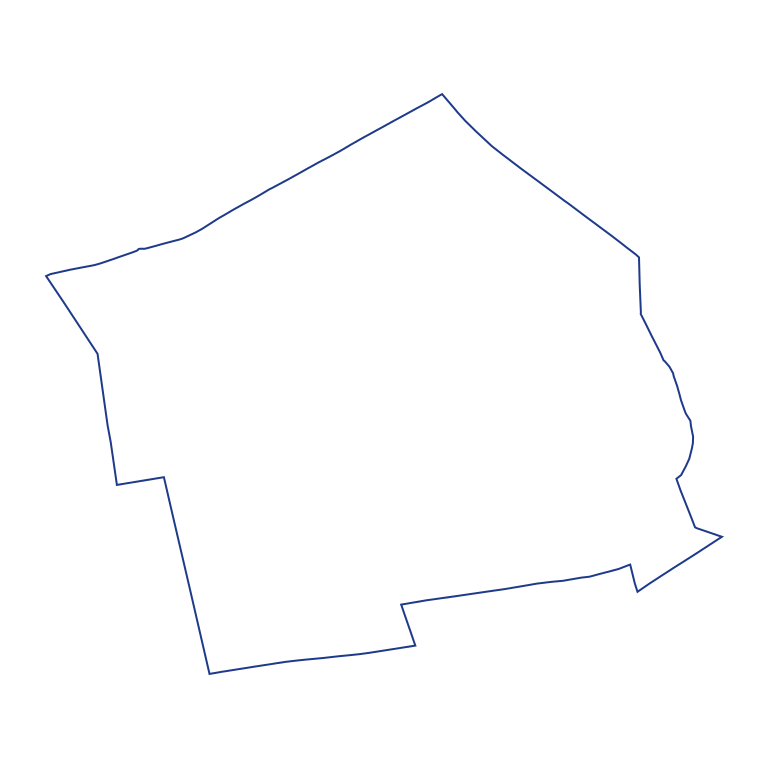 Mihaesti, Olt, Romania (Equal Earth projection)
{"feature_id": "2599482B3191735089576", "entity_name": "Mihaesti", "entity_type": "district", "adm_level": 2, "iso_a3": "ROU", "parent_name": "Romania", "parent_adm1": "Olt", "projection": "equal_earth", "projection_center": [24.801, 44.115], "detail": "fine", "context": "isolated", "style": "outline", "palette": "blue", "viewbox_px": 768, "rotation_deg": 0, "n_neighbors": 0, "source": "geoboundaries", "source_scale": "gbopen_adm2", "svg_char_len": 2225}
<svg xmlns="http://www.w3.org/2000/svg" viewBox="0 0 768 768"><path d="M611.2,235.5L599.2,226.6L585.6,216.5L571.4,205.8L567.5,202.9L564.6,200.9L561.8,198.8L550.5,190.4L538.1,181.2L522.2,169.5L503.0,154.9L491.9,146.2L475.7,131.1L465.2,120.8L457.6,112.4L454.9,109.1L442.1,94.1L435.3,98.0L429.1,101.7L417.3,108.0L402.9,115.9L394.4,120.5L379.0,129.0L362.9,137.8L351.1,144.5L340.3,150.9L331.3,155.8L318.8,162.3L307.6,168.5L297.5,174.2L288.3,179.3L278.8,184.4L271.5,188.3L269.9,189.0L259.2,195.4L257.3,196.5L250.9,200.1L244.1,203.7L238.2,207.0L234.2,209.2L231.1,211.0L225.9,214.1L221.7,216.5L219.6,217.7L216.5,219.6L202.5,228.6L195.7,232.4L184.0,237.9L182.3,238.6L179.2,239.6L175.7,240.5L171.0,241.7L161.6,244.2L157.1,245.5L146.7,248.3L144.4,248.8L141.1,248.7L139.9,248.8L138.9,248.9L138.4,249.3L138.0,249.8L137.3,250.4L136.1,251.0L132.1,252.5L118.8,257.1L117.3,257.6L114.4,258.7L109.3,260.4L105.5,261.7L100.1,263.5L95.5,264.8L93.0,265.4L82.2,267.4L75.5,268.7L70.2,269.7L55.0,273.1L50.5,274.1L46.1,276.1L64.1,302.9L95.7,351.0L97.6,353.9L97.6,354.2L107.6,425.4L110.7,442.0L116.9,484.9L154.7,478.7L163.9,477.2L173.0,516.6L189.7,588.2L209.5,673.9L216.1,672.8L223.4,671.5L223.8,671.5L233.8,669.9L247.9,667.7L254.6,666.6L256.1,666.4L260.6,665.7L285.2,661.9L294.5,660.8L304.8,659.7L313.5,658.9L323.1,658.0L339.1,656.2L349.5,655.2L359.9,654.1L369.5,652.8L390.5,649.5L415.3,645.6L411.0,633.0L405.4,616.9L401.2,604.6L426.4,600.3L458.4,595.8L480.3,592.6L487.1,591.6L504.6,589.1L526.0,585.5L530.1,584.8L536.9,583.6L551.9,581.8L557.4,581.3L562.9,580.8L581.5,577.6L589.6,576.7L599.5,574.0L618.6,569.0L628.4,565.2L630.2,564.6L634.8,583.4L637.5,591.8L649.3,583.7L660.3,576.5L673.6,567.9L688.1,558.7L697.8,552.5L700.9,550.5L701.6,550.0L718.3,539.1L720.4,537.8L721.9,536.8L696.5,528.1L695.0,527.2L690.4,515.3L680.5,490.3L676.4,478.8L681.1,475.1L685.8,466.3L689.3,458.7L691.9,448.4L692.9,443.1L693.1,436.6L691.0,426.3L690.4,420.8L686.0,413.9L684.9,411.3L681.0,400.2L679.5,394.4L677.1,385.9L673.7,376.2L673.1,373.3L669.5,366.8L664.8,361.3L663.6,360.4L660.2,352.6L651.3,335.2L646.1,324.6L640.7,313.9L640.9,312.9L639.7,284.5L639.0,257.4L636.1,254.7L626.8,247.6L619.8,242.1L615.1,238.5L611.2,235.5Z" fill="none" stroke="#1e3a8a" stroke-width="2"/></svg>